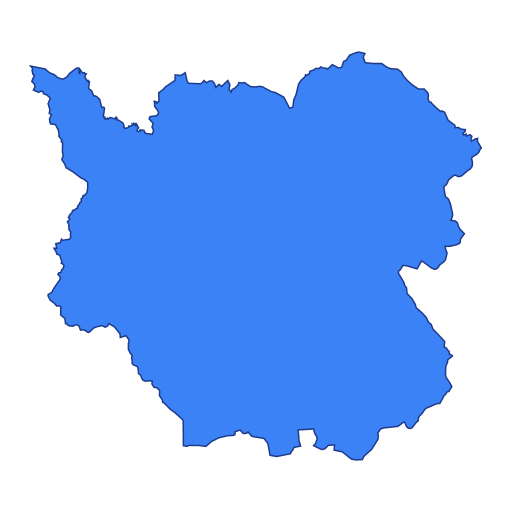 the district of Oke Ta Ra, Mandalay, Myanmar
{"feature_id": "60261553B97058697426989", "entity_name": "Oke Ta Ra", "entity_type": "district", "adm_level": 2, "iso_a3": "MMR", "parent_name": "Myanmar", "parent_adm1": "Mandalay", "projection": "natural_earth1", "projection_center": [96.134, 20.038], "detail": "fine", "context": "isolated", "style": "filled", "palette": "blue", "viewbox_px": 512, "rotation_deg": 0, "n_neighbors": 0, "source": "geoboundaries", "source_scale": "gbopen_adm2", "svg_char_len": 5862}
<svg xmlns="http://www.w3.org/2000/svg" viewBox="0 0 512 512"><path d="M65.5,323.7L66.8,324.0L68.1,325.4L70.1,326.0L73.3,326.2L74.4,325.1L76.6,324.8L78.9,325.8L80.5,330.1L84.0,329.8L87.9,332.3L89.1,332.3L93.6,328.1L96.4,326.9L102.1,325.6L105.2,327.2L107.6,326.0L108.9,323.6L114.4,326.8L120.0,333.9L120.3,337.5L126.1,335.7L129.1,340.1L128.4,343.6L128.4,349.4L130.5,353.7L132.2,355.1L131.6,358.1L132.2,360.3L132.1,363.2L133.2,364.8L137.3,366.5L138.1,368.5L138.5,373.6L140.8,375.3L141.6,378.1L143.1,380.3L145.4,381.2L150.1,380.7L152.3,381.4L151.9,383.9L154.1,387.4L156.6,387.6L159.2,390.0L159.8,391.9L159.4,394.0L159.6,395.9L162.4,400.0L162.6,402.4L163.9,402.7L170.3,409.3L175.1,412.8L182.9,419.9L183.2,421.5L183.4,445.8L186.9,446.3L189.1,445.4L199.3,445.5L205.9,446.4L211.2,441.7L218.5,437.9L227.1,435.8L233.1,435.4L234.9,434.7L235.2,431.6L240.2,430.1L243.2,433.5L246.5,433.3L248.0,432.0L251.9,436.4L263.9,438.4L267.9,443.4L270.0,455.3L276.7,456.5L290.6,453.7L291.3,451.5L292.6,450.4L293.9,447.4L300.6,446.1L298.8,440.1L298.8,437.1L298.1,429.9L313.6,429.0L314.7,433.2L316.8,436.9L317.2,438.6L315.8,443.1L313.6,445.7L321.8,449.6L325.0,448.7L328.4,445.3L334.5,444.9L334.1,450.1L342.4,451.9L351.4,459.1L355.6,459.9L362.4,459.6L363.4,457.1L365.0,455.3L371.5,449.5L377.3,440.4L377.9,439.4L378.3,435.4L377.7,433.4L380.5,429.0L383.9,427.9L397.9,426.4L403.7,422.0L404.8,422.5L406.3,426.2L408.1,428.1L410.3,428.5L412.2,427.6L416.0,422.7L418.2,420.8L418.2,419.3L419.0,416.5L422.0,413.5L425.4,408.6L436.3,403.8L439.9,403.4L443.9,396.0L445.9,393.9L446.7,392.2L448.9,391.4L451.8,386.6L449.5,382.3L446.1,377.4L445.5,374.7L445.7,367.9L446.0,365.8L447.6,362.1L447.7,359.7L452.2,356.3L452.3,355.6L449.2,353.8L449.1,351.5L448.6,350.8L447.8,350.4L446.5,348.2L444.5,347.1L444.1,345.5L444.7,342.6L444.5,341.3L432.9,329.0L431.1,324.3L428.6,322.3L426.1,317.2L422.0,312.8L416.2,307.8L415.2,304.2L411.9,298.5L407.1,293.7L406.5,287.7L404.7,285.4L403.8,282.2L398.4,273.3L398.7,271.0L400.4,269.7L402.9,265.4L406.9,265.8L417.1,268.9L421.4,261.1L422.9,261.6L431.8,268.2L434.6,269.3L436.6,268.8L438.3,267.3L439.4,265.2L444.0,261.7L445.5,259.6L447.1,253.1L445.6,249.1L445.1,246.3L450.0,246.3L456.3,244.8L459.6,243.4L460.2,242.4L460.5,239.0L464.4,233.7L460.2,229.5L458.4,226.1L457.4,222.8L455.4,221.0L450.8,220.3L452.3,216.7L452.7,214.4L450.5,204.3L448.8,199.8L447.7,198.3L445.4,196.7L443.8,187.5L444.6,186.0L446.4,184.7L448.8,179.5L453.7,175.6L455.3,175.1L458.5,176.7L461.6,175.9L467.9,170.4L470.2,169.1L471.8,166.9L472.4,165.1L472.4,161.8L471.7,159.3L471.9,157.2L476.9,154.2L479.1,151.8L479.7,149.9L481.3,148.0L477.4,141.2L477.6,138.4L474.9,139.1L471.4,141.2L470.9,139.3L471.9,136.3L470.0,134.7L466.6,136.0L466.1,134.0L463.9,135.2L462.8,133.5L465.2,131.4L465.4,129.6L461.2,129.2L458.4,127.5L455.1,127.7L454.9,125.3L448.2,120.3L444.6,112.2L441.9,110.9L440.6,111.5L435.9,107.5L431.7,103.4L431.3,102.4L429.2,101.9L428.1,98.8L428.4,95.0L427.8,92.8L424.2,89.0L418.4,89.0L412.5,85.0L407.4,80.6L403.7,76.3L401.2,71.9L397.6,69.2L390.5,68.7L386.3,66.8L381.7,63.5L373.3,63.5L365.2,62.7L363.2,57.2L364.9,53.5L359.2,52.1L356.5,52.5L349.6,55.2L346.1,60.4L343.6,61.4L341.8,66.9L340.6,67.7L338.5,67.9L332.3,64.6L327.6,69.2L326.1,68.1L324.1,68.2L320.6,66.9L319.4,68.5L315.9,68.4L313.3,70.1L309.9,71.3L309.4,73.6L306.8,75.3L305.6,74.7L305.0,76.8L301.1,80.3L298.6,84.1L295.9,95.2L293.8,99.7L292.8,107.3L289.5,108.1L283.8,97.1L275.4,92.6L271.1,91.5L262.5,86.9L259.6,86.3L255.9,86.9L250.6,86.7L244.4,82.5L242.9,83.0L238.8,82.6L238.1,85.0L234.5,88.4L232.1,89.5L231.2,92.2L229.0,89.4L229.9,84.7L227.8,80.5L221.7,86.3L218.9,84.4L215.8,87.4L214.4,83.3L212.3,81.0L209.5,81.0L206.4,82.7L204.0,80.5L201.0,83.8L188.5,83.3L187.0,80.9L185.2,72.7L180.9,75.5L175.2,74.9L175.0,80.4L165.7,86.7L163.0,89.6L158.7,92.8L159.0,101.0L156.9,103.2L155.9,101.6L154.9,101.2L154.1,101.5L154.9,103.1L154.5,103.6L154.7,106.5L157.5,110.2L158.7,112.8L156.8,115.7L150.1,116.6L149.1,118.9L153.2,123.4L152.0,127.0L153.6,130.3L152.3,134.3L145.3,133.3L143.9,130.3L140.0,129.9L139.8,131.7L137.1,131.1L137.5,129.1L138.5,127.8L136.3,123.6L135.7,123.6L135.6,125.6L133.9,123.4L133.5,124.6L132.2,123.9L132.5,125.2L130.1,126.3L128.9,126.0L128.4,127.5L125.3,128.4L123.7,127.2L124.1,125.9L123.0,123.1L118.9,120.3L116.8,119.8L117.1,118.3L116.5,117.3L115.7,117.3L115.2,118.9L110.1,117.5L108.1,119.2L107.3,118.1L105.6,119.4L104.7,118.7L104.9,117.1L103.3,116.9L104.5,108.3L103.8,107.2L102.2,107.4L101.5,106.6L99.7,99.4L96.7,96.6L94.9,95.8L93.7,96.0L91.5,90.6L89.4,89.3L88.6,88.1L89.4,81.5L88.0,81.5L88.1,80.4L86.8,80.4L84.7,76.4L86.3,73.8L84.8,73.4L84.4,72.6L83.3,73.1L80.6,71.2L79.6,71.9L79.6,73.3L78.9,72.6L79.2,69.8L80.4,69.9L78.9,68.0L76.9,68.0L74.5,69.6L69.7,73.3L66.7,77.1L62.9,79.2L58.0,77.8L54.4,74.7L49.4,72.7L45.2,69.0L30.7,66.1L32.7,68.6L32.1,70.1L32.8,74.1L34.3,75.3L31.8,81.5L34.5,84.1L35.0,87.0L33.4,90.1L38.7,92.3L41.0,91.2L42.5,91.4L43.2,92.4L43.4,93.7L46.9,95.0L50.3,98.2L48.1,103.7L49.9,109.8L49.2,113.4L51.5,114.6L49.5,118.9L50.0,122.6L50.6,123.9L55.5,124.6L58.3,130.2L59.0,133.7L58.9,136.2L61.9,140.2L61.2,141.5L62.6,142.9L62.4,152.2L63.3,155.4L61.8,159.6L64.8,164.1L66.2,168.0L67.6,168.3L68.3,169.1L72.6,171.6L81.1,178.0L83.8,179.2L87.7,182.2L87.7,188.1L86.9,192.8L84.4,195.4L83.1,195.5L82.4,198.0L81.1,198.9L81.3,201.7L80.0,202.4L78.7,205.1L77.6,206.1L77.6,208.2L76.2,208.5L75.3,209.6L72.5,210.5L72.2,212.3L69.7,215.0L68.4,217.6L69.6,218.3L69.7,219.5L67.4,221.7L68.7,224.2L69.0,229.7L70.8,232.1L70.4,234.2L70.7,237.2L69.7,239.2L62.5,240.3L61.5,239.2L60.2,242.8L55.8,243.6L56.7,248.3L54.0,248.3L56.0,251.5L56.8,254.1L59.7,255.2L61.8,261.7L61.3,263.3L63.3,264.3L64.0,265.9L62.7,269.2L61.6,269.8L61.1,272.4L59.0,272.7L57.9,274.4L59.8,276.2L60.3,279.1L54.1,287.9L51.8,292.4L48.1,294.5L48.2,296.3L50.2,300.1L54.4,303.4L56.8,306.1L58.6,305.7L60.7,306.6L60.7,315.0L64.9,318.5L65.5,323.7Z" fill="#3b82f6" stroke="#1e3a8a" stroke-width="1.5"/></svg>